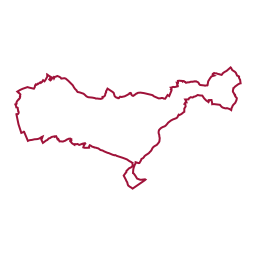 Pauleni-Ciuc, Harghita, Romania
{"feature_id": "2599482B85925505294604", "entity_name": "Pauleni-Ciuc", "entity_type": "district", "adm_level": 2, "iso_a3": "ROU", "parent_name": "Romania", "parent_adm1": "Harghita", "projection": "orthographic", "projection_center": [25.907, 46.396], "detail": "fine", "context": "isolated", "style": "outline", "palette": "rose", "viewbox_px": 256, "rotation_deg": 0, "n_neighbors": 0, "source": "geoboundaries", "source_scale": "gbopen_adm2", "svg_char_len": 5659}
<svg xmlns="http://www.w3.org/2000/svg" viewBox="0 0 256 256"><path d="M145.5,179.6L145.0,179.3L140.9,179.8L139.8,179.6L137.1,178.6L135.2,175.5L133.7,173.5L133.0,173.1L133.3,169.2L133.8,167.3L134.9,164.5L135.5,163.5L135.6,162.2L138.5,163.1L139.4,163.0L140.9,160.5L141.5,158.9L142.4,158.5L143.2,158.0L143.9,157.2L144.2,156.6L144.6,156.1L145.7,155.2L147.9,153.8L149.0,153.0L149.9,151.9L150.6,151.3L151.0,150.8L151.5,150.1L152.3,148.4L153.1,147.3L154.3,146.3L156.8,144.9L158.4,143.0L159.1,142.0L159.4,141.3L159.7,138.4L159.7,137.9L159.4,136.8L159.2,134.7L158.8,133.8L158.6,132.9L158.7,131.1L159.2,129.8L160.8,128.2L161.2,127.9L162.6,127.1L164.7,126.3L165.7,125.6L167.3,123.8L168.1,122.7L170.8,120.6L172.8,119.5L176.0,118.3L177.1,117.6L177.6,116.9L178.1,115.7L178.7,114.7L179.3,115.1L180.7,114.4L181.6,113.9L183.1,112.6L184.3,111.8L184.3,109.4L184.3,108.6L185.6,106.5L185.3,104.1L184.5,103.9L185.5,102.3L186.5,102.3L186.0,100.9L185.2,99.5L188.5,99.4L188.9,98.4L190.7,97.2L192.7,97.5L193.8,96.7L194.3,96.7L195.7,96.2L197.7,95.0L199.5,95.4L202.3,95.6L204.1,98.3L206.1,100.4L208.4,102.0L208.5,102.1L208.8,101.6L208.9,101.1L208.8,100.1L211.5,100.0L211.7,101.2L212.0,102.2L212.2,104.2L212.6,104.1L214.0,104.1L219.9,104.8L221.3,106.5L222.1,107.2L223.1,107.7L225.2,108.3L226.2,108.4L226.9,108.1L229.5,109.0L231.2,110.1L231.7,107.7L232.2,107.0L232.6,105.8L233.4,104.7L235.3,102.8L236.4,100.3L236.8,98.6L236.8,98.3L236.7,97.9L235.7,96.9L235.2,96.2L234.9,95.4L235.2,95.4L235.1,94.9L234.7,95.0L233.8,93.1L232.9,91.7L232.9,90.8L233.1,89.6L233.3,89.0L233.3,88.2L234.0,87.8L234.9,86.7L238.3,84.2L240.0,83.4L240.6,83.3L240.1,79.8L239.5,78.8L239.0,77.7L238.9,77.4L239.1,76.8L239.1,76.7L238.8,76.3L237.1,75.6L235.8,72.7L234.9,71.8L232.3,70.1L231.9,69.5L231.1,67.9L230.6,67.4L226.6,70.9L224.7,71.9L223.1,73.0L222.5,73.6L222.1,74.5L221.6,74.8L221.4,74.9L220.6,74.6L220.0,74.5L219.7,74.3L218.1,74.0L216.2,73.3L215.0,73.4L214.1,73.0L212.8,73.9L212.6,74.3L213.0,75.1L214.1,75.6L211.5,76.4L210.1,78.2L208.2,81.3L207.5,85.3L207.4,85.4L206.9,85.3L205.0,85.7L204.7,85.5L200.2,85.0L199.2,84.2L199.0,83.5L198.2,82.4L196.0,81.3L195.7,81.5L194.6,81.3L194.3,81.5L193.2,81.5L192.8,81.8L191.3,81.7L190.6,81.8L189.2,82.3L187.9,82.3L186.0,82.8L185.4,82.0L184.9,82.0L184.6,81.7L184.3,81.6L184.2,81.3L183.5,81.0L182.9,81.1L182.7,81.3L182.6,81.0L181.9,80.9L181.7,80.9L181.4,80.9L181.2,81.0L180.8,80.8L180.2,80.8L179.4,80.7L177.9,80.9L178.0,82.2L178.0,82.8L176.8,82.7L177.5,84.8L177.2,84.9L177.2,85.3L177.8,86.0L177.8,86.3L174.6,87.1L173.1,86.9L171.5,87.5L170.9,87.6L171.3,88.1L171.6,89.0L170.9,89.5L171.5,90.5L169.2,96.1L167.6,95.0L165.2,98.7L163.8,98.6L163.1,98.2L162.4,98.0L161.4,98.0L160.5,98.3L158.7,98.4L154.1,96.4L153.3,95.9L152.8,95.3L152.0,95.0L143.9,93.1L140.4,92.6L138.1,92.8L137.3,93.1L136.9,93.5L136.3,93.6L134.8,94.8L134.5,94.9L134.5,95.0L133.7,95.6L133.1,95.9L132.2,95.5L131.8,95.2L131.4,94.6L131.3,94.1L131.0,93.9L131.0,93.5L130.7,93.3L130.7,93.0L130.4,92.9L129.8,93.1L129.9,93.4L127.4,94.9L124.7,96.3L121.5,97.0L120.1,96.7L118.8,98.2L118.2,98.2L118.1,97.9L116.4,97.6L115.1,96.6L114.7,96.2L113.8,93.3L113.7,92.9L112.7,92.0L107.5,88.6L106.5,90.6L106.0,91.3L106.1,92.5L105.4,93.4L105.1,95.2L104.8,95.8L103.6,96.8L102.5,96.9L102.5,98.3L100.8,98.9L98.5,98.7L97.3,98.5L95.7,98.5L94.9,98.1L92.3,97.6L88.2,97.2L86.5,96.4L84.5,94.5L83.5,93.7L79.7,92.4L77.6,92.0L76.7,90.9L76.6,90.4L75.1,89.0L73.9,87.3L72.8,85.3L68.3,80.8L65.7,78.6L64.4,78.2L61.3,78.6L60.5,77.5L59.1,76.7L57.3,76.0L56.0,76.6L54.5,77.0L53.8,77.4L53.9,78.0L54.1,78.2L54.0,78.4L53.5,77.2L52.3,78.2L50.9,80.0L50.4,80.4L49.3,79.5L49.5,79.3L50.1,78.0L50.5,77.5L51.1,77.1L48.4,75.5L47.4,74.6L47.2,74.5L47.3,76.5L47.2,76.8L45.5,79.9L44.5,81.3L43.1,80.2L42.2,81.6L42.2,81.8L40.8,82.9L40.3,82.3L37.9,84.1L37.6,83.8L37.0,84.3L36.5,84.8L35.8,84.4L35.1,85.4L34.9,86.2L34.9,86.6L34.8,87.1L33.9,88.7L29.1,87.6L27.5,87.1L22.6,88.8L20.0,90.0L17.3,91.6L18.8,93.0L19.0,92.9L20.4,94.4L19.9,96.5L20.2,96.8L19.9,97.7L19.9,98.0L19.0,99.2L18.8,99.1L17.3,100.9L16.8,101.7L16.3,103.2L16.6,103.7L16.1,104.4L15.4,104.5L16.0,105.9L16.3,107.3L16.8,107.3L17.7,107.8L17.9,109.7L18.1,110.2L18.1,111.1L18.4,111.3L18.5,111.7L18.7,112.2L18.6,112.6L18.6,113.0L18.0,114.0L17.2,114.4L16.7,114.1L16.4,114.2L18.5,124.3L21.3,132.9L23.6,132.0L23.9,131.7L24.1,131.8L27.4,139.7L27.9,140.9L29.2,140.3L30.2,140.1L32.0,139.9L34.4,139.3L37.1,139.1L38.1,138.9L39.5,138.4L41.5,137.1L42.6,136.6L42.3,137.5L41.8,138.9L41.3,139.6L42.9,142.9L43.9,142.2L45.8,140.7L46.6,140.3L47.3,140.0L48.7,138.5L50.2,138.0L50.9,137.5L51.2,137.2L51.9,136.9L54.7,136.3L54.8,136.8L56.2,136.3L57.6,139.4L58.3,139.0L59.5,141.4L59.9,141.4L60.4,141.3L62.3,141.5L63.0,141.5L65.4,140.6L66.6,139.7L68.9,138.7L69.8,138.7L70.4,138.6L71.3,139.2L70.4,140.4L71.1,140.8L70.4,141.4L71.1,142.1L71.5,142.7L72.2,143.4L74.6,144.9L74.9,144.1L76.4,144.2L77.6,144.0L78.9,144.8L79.4,144.9L82.5,143.7L84.9,143.2L85.0,143.4L83.2,143.8L83.3,144.1L84.4,143.8L84.3,144.1L84.8,144.1L84.3,144.9L83.7,146.0L83.3,147.4L84.6,147.8L86.8,147.8L89.1,147.7L89.0,147.1L89.1,146.6L89.4,145.8L89.8,145.2L91.0,145.8L92.2,146.7L94.1,147.2L94.3,147.5L96.0,147.7L97.3,148.2L97.8,148.2L98.6,148.6L100.5,150.0L102.6,150.5L104.2,151.4L107.5,152.8L108.2,153.0L108.5,153.0L112.5,154.7L114.5,155.3L115.0,155.1L115.6,155.2L116.5,155.8L122.7,157.8L125.9,159.0L127.1,159.5L129.5,161.2L130.8,161.8L132.2,162.8L132.5,162.9L132.4,163.3L132.7,164.8L132.5,165.6L132.1,166.5L131.3,167.2L130.4,167.7L129.2,168.2L126.8,170.6L126.3,171.2L126.4,172.0L126.0,172.6L125.7,172.8L123.7,175.6L125.8,179.6L126.6,181.4L127.2,182.2L127.7,184.3L128.2,185.5L129.6,186.6L131.3,187.6L132.6,188.6L144.7,180.3L145.5,179.6Z" fill="none" stroke="#9f1239" stroke-width="2"/></svg>